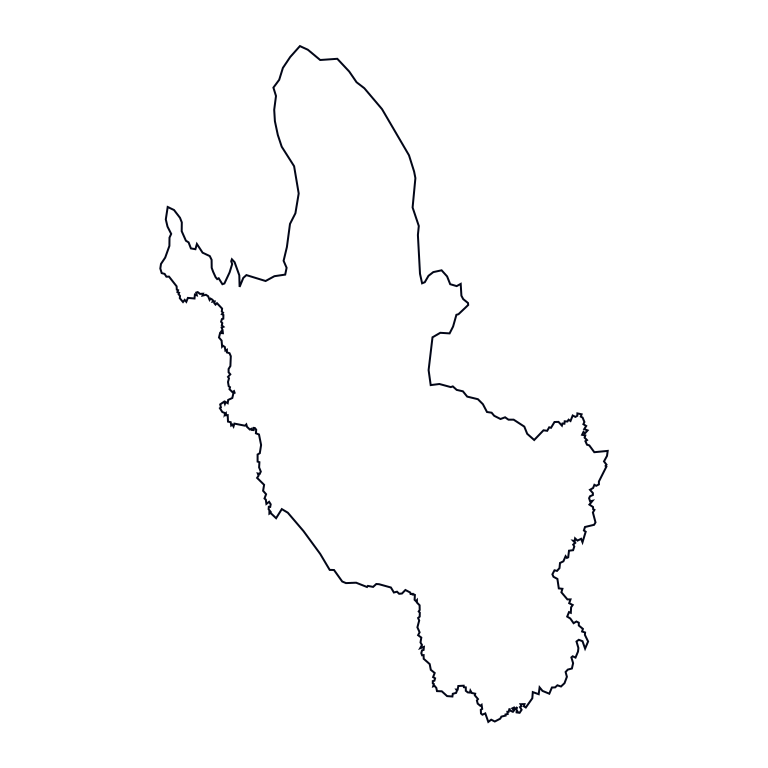 the district of Thai Charoen, Yasothon, Thailand
{"feature_id": "78962969B95205724329229", "entity_name": "Thai Charoen", "entity_type": "district", "adm_level": 2, "iso_a3": "THA", "parent_name": "Thailand", "parent_adm1": "Yasothon", "projection": "equal_earth", "projection_center": [104.445, 16.096], "detail": "fine", "context": "isolated", "style": "outline", "palette": "ink", "viewbox_px": 768, "rotation_deg": 0, "n_neighbors": 0, "source": "geoboundaries", "source_scale": "gbopen_adm2", "svg_char_len": 6115}
<svg xmlns="http://www.w3.org/2000/svg" viewBox="0 0 768 768"><path d="M423.7,658.8L429.7,664.1L430.8,669.8L434.7,673.0L433.1,677.1L435.1,678.3L434.4,680.7L432.8,681.1L432.8,683.3L433.8,684.0L433.2,686.3L434.5,685.8L436.3,687.9L437.0,691.1L441.8,691.3L447.1,696.1L452.4,696.5L452.8,693.8L456.1,692.9L457.0,690.5L456.3,689.5L457.7,689.5L458.3,686.0L463.7,685.7L463.9,687.2L465.8,687.4L465.8,690.8L467.8,692.4L469.9,692.6L470.4,690.6L471.8,693.0L475.2,693.7L474.8,695.3L478.0,699.1L476.9,700.5L477.7,703.6L480.3,705.8L481.6,704.8L482.2,708.9L480.8,709.8L481.0,713.5L482.4,714.7L485.3,713.4L488.3,721.9L491.2,719.7L494.8,721.5L500.2,718.7L501.4,716.6L505.6,715.6L505.5,714.5L507.7,714.0L507.4,711.8L508.6,711.8L509.6,708.4L509.8,710.4L512.9,711.8L514.0,710.5L512.3,708.4L514.1,707.5L515.0,709.0L517.2,707.1L516.3,709.5L517.6,711.6L515.8,712.3L519.6,712.8L521.6,709.8L520.0,707.1L521.4,706.2L520.5,704.2L524.5,704.1L523.9,706.3L525.8,707.5L532.3,698.3L532.8,692.1L538.7,694.2L539.6,687.4L542.5,690.9L549.3,693.7L551.9,687.5L555.1,687.4L557.4,685.3L561.0,686.5L564.5,683.2L566.9,676.8L565.6,672.0L567.8,669.6L571.9,668.5L573.1,663.2L571.4,657.4L572.7,656.3L575.5,657.6L578.0,651.6L578.4,648.0L576.5,641.5L578.8,639.8L582.5,641.2L585.1,648.6L588.1,641.5L584.9,634.9L585.1,632.5L582.1,631.5L582.9,628.9L578.8,625.5L578.8,622.7L576.4,621.5L573.6,623.2L570.3,618.5L567.2,616.6L569.0,612.1L570.8,612.8L571.1,607.3L572.7,605.0L569.2,603.2L570.5,599.4L567.4,599.4L561.4,592.3L562.4,588.8L558.8,588.4L557.4,578.9L553.5,576.8L552.4,574.3L554.5,570.3L557.0,570.9L559.5,568.1L560.0,563.0L563.4,561.3L565.6,556.2L566.9,557.9L568.2,557.3L569.0,550.7L573.1,550.2L574.3,546.5L573.2,544.6L575.2,542.9L573.1,540.7L574.8,540.9L575.1,538.4L577.5,540.6L581.1,538.8L582.5,542.3L585.7,531.7L583.9,530.5L585.0,527.0L594.1,524.8L595.5,522.4L592.9,512.5L594.4,509.9L593.2,509.3L593.0,507.0L589.4,504.6L592.5,500.8L590.1,501.3L589.1,498.2L590.0,496.3L592.9,495.0L592.9,493.1L590.0,489.8L593.1,488.0L594.4,484.8L596.2,485.8L598.9,484.4L598.9,481.5L606.4,466.6L605.6,465.9L606.5,464.7L604.0,461.4L607.0,455.9L607.7,450.9L594.3,452.2L589.3,445.4L587.0,444.7L585.4,441.2L587.0,440.1L584.6,437.7L585.3,435.5L582.1,434.8L583.5,431.9L584.9,433.4L587.6,430.4L584.2,429.1L586.2,426.0L583.4,424.2L584.4,422.0L582.6,417.6L580.8,416.6L581.6,414.3L577.4,413.4L577.3,415.8L575.4,416.9L572.7,415.5L570.5,421.0L568.6,419.7L567.4,421.5L564.7,421.3L564.4,423.7L562.5,423.5L561.9,425.6L558.5,421.9L554.5,422.0L551.0,427.8L549.2,427.3L547.2,430.8L543.5,430.3L534.2,440.0L527.2,433.8L524.3,426.6L513.7,419.7L508.5,419.7L505.1,417.3L500.5,419.0L494.2,415.8L491.6,412.7L487.0,412.0L482.9,404.2L477.9,399.2L467.2,396.6L462.9,391.3L456.7,389.9L452.8,386.4L450.8,387.1L439.4,384.0L430.7,385.1L428.6,370.1L432.5,337.3L440.3,332.8L449.6,333.4L453.1,326.5L456.4,314.8L458.5,314.2L468.2,305.0L468.0,303.0L463.2,299.1L461.4,295.7L460.7,283.9L456.7,286.1L450.2,284.2L447.1,276.4L441.6,270.3L433.3,272.1L428.5,275.8L424.8,282.2L422.1,283.3L420.0,273.8L417.9,235.0L418.8,226.0L412.6,207.5L415.4,178.1L414.1,171.5L409.0,155.3L382.0,109.1L364.3,88.2L356.6,82.3L349.2,71.5L337.3,58.8L320.2,60.0L307.8,49.7L299.9,46.1L290.2,57.0L282.9,67.9L279.2,79.8L273.4,87.6L276.0,96.0L274.2,109.8L274.9,121.2L277.8,134.9L281.7,146.7L294.1,166.2L298.7,193.5L295.4,213.3L290.0,223.9L286.9,247.0L283.6,260.8L286.6,267.8L285.2,274.6L274.4,276.2L265.6,281.0L246.4,275.1L243.3,277.9L239.6,286.9L239.3,275.3L234.6,262.2L231.9,259.3L231.2,261.3L232.2,264.0L229.6,272.4L224.4,283.5L222.4,284.2L218.7,278.3L217.2,279.1L215.6,277.2L213.1,271.7L211.7,267.8L211.6,259.8L209.8,256.1L202.6,252.7L196.9,244.0L195.4,249.2L190.9,248.4L188.6,242.4L185.9,240.7L181.7,231.2L181.8,222.4L180.0,217.8L174.0,210.0L167.7,207.0L165.8,219.4L167.5,226.6L171.2,233.9L169.5,237.6L169.4,245.9L165.2,257.6L161.0,263.9L160.3,268.5L161.7,273.1L164.6,273.9L166.4,276.7L169.0,276.6L176.6,286.3L176.8,289.6L178.1,290.2L177.4,292.0L179.1,292.8L178.5,294.0L180.0,296.0L179.8,298.2L183.0,302.0L184.7,299.9L186.3,301.8L187.9,297.9L194.5,298.5L194.9,294.6L196.8,295.3L196.2,292.6L197.7,292.1L200.0,293.9L203.1,293.7L202.5,295.6L205.9,294.8L208.1,296.2L209.6,299.9L210.5,298.6L212.1,299.5L213.2,300.6L212.6,301.7L214.7,301.5L214.3,303.1L215.5,304.6L217.0,303.2L222.1,308.6L221.8,311.5L223.1,312.8L221.9,314.2L223.4,315.0L223.3,318.7L221.9,319.1L221.1,321.8L222.3,323.1L221.8,325.4L223.4,326.8L221.6,327.5L222.5,329.9L221.5,331.1L222.7,331.3L222.9,333.2L220.1,333.0L219.0,337.5L221.6,340.6L222.1,346.6L222.9,345.7L224.8,347.0L225.4,350.6L226.9,349.8L226.9,352.4L229.5,353.2L230.8,356.2L230.4,366.0L228.6,369.0L228.6,372.3L230.3,374.3L228.0,376.9L229.0,378.3L228.0,382.0L228.7,386.2L230.0,387.2L229.5,389.2L232.4,392.1L234.0,391.1L234.6,392.8L233.4,393.3L232.3,398.0L228.2,399.9L227.7,403.2L225.6,402.0L224.9,403.9L224.1,401.7L220.2,404.4L220.9,407.4L219.9,408.2L222.3,412.0L225.0,413.1L224.8,414.7L225.9,413.4L226.1,415.3L227.7,415.1L228.0,421.6L230.7,422.2L231.2,425.5L232.4,424.6L233.5,426.5L234.4,423.6L245.0,425.7L246.3,424.4L247.0,426.8L249.8,429.5L251.6,428.7L251.7,429.9L253.6,430.1L253.8,427.9L254.8,428.0L256.2,429.7L255.9,433.3L259.0,434.5L261.1,445.0L259.8,453.2L257.6,454.5L257.6,461.6L259.4,462.2L259.1,467.4L260.8,471.6L259.7,473.9L257.8,473.5L258.6,475.6L257.1,477.9L264.1,484.8L263.1,490.8L266.1,494.2L264.5,498.5L265.8,499.6L266.4,503.9L269.1,501.8L270.7,504.3L270.2,506.9L268.8,506.8L268.6,509.2L270.2,511.3L269.4,511.3L269.4,513.6L270.5,512.9L276.1,518.2L281.8,509.1L287.8,512.7L303.5,531.1L320.2,553.9L329.7,569.9L334.0,570.0L342.2,581.5L346.0,583.1L356.1,582.7L367.0,587.0L367.9,585.9L373.1,586.9L376.3,584.0L379.0,584.2L390.9,587.5L393.9,592.5L397.0,591.7L399.2,593.8L402.0,593.5L405.4,590.0L410.2,592.5L410.6,594.0L412.6,593.9L412.5,595.3L413.2,594.1L414.9,594.9L414.6,599.8L416.0,601.2L416.9,600.2L416.9,602.5L419.6,605.3L419.7,610.0L418.7,611.5L419.8,612.6L419.7,616.6L418.1,618.0L419.2,620.5L417.4,627.3L419.6,632.3L418.1,635.2L421.3,637.6L420.5,642.5L422.0,645.0L420.2,648.2L423.9,646.9L423.6,649.9L422.0,650.4L421.3,653.1L422.1,655.3L423.6,655.1L423.7,658.8Z" fill="none" stroke="#020617" stroke-width="2"/></svg>